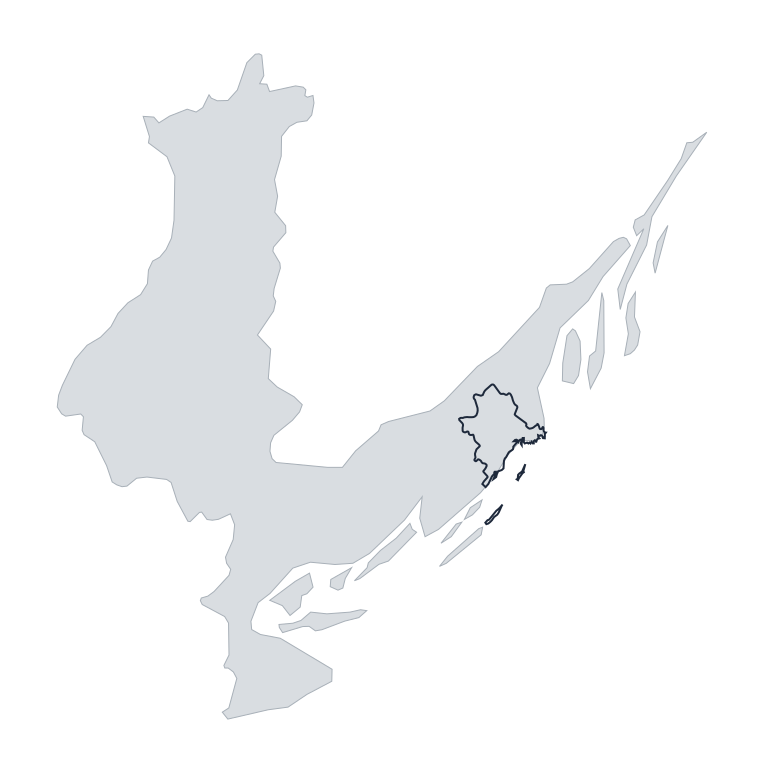 location of Šibensko-Kninska within Croatia, rotated 269°
{"feature_id": "HRV-1491", "entity_name": "Šibensko-Kninska", "entity_type": "County", "adm_level": 1, "iso_a3": "HRV", "parent_name": "Croatia", "parent_adm1": "", "projection": "orthographic", "projection_center": [15.941, 43.766], "detail": "fine", "context": "in_parent", "style": "outline", "palette": "slate", "viewbox_px": 768, "rotation_deg": 269, "n_neighbors": 0, "source": "natural_earth", "source_scale": "10m", "svg_char_len": 7311}
<svg xmlns="http://www.w3.org/2000/svg" viewBox="0 0 768 768"><g transform="rotate(269 384 384)"><path d="M58.7,216.6L62.8,223.2L92.2,231.7L98.7,228.4L102.7,223.3L102.8,219.9L105.4,219.0L115.7,224.3L147.7,224.4L154.3,220.6L166.7,198.4L170.6,196.6L173.2,197.6L175.0,204.2L179.5,210.5L195.4,225.7L201.4,227.5L207.5,223.5L213.6,222.5L231.1,230.5L245.9,232.2L256.9,228.2L251.6,216.1L250.8,210.0L251.6,204.7L259.1,199.5L258.8,197.2L249.8,187.8L250.2,185.5L270.2,175.2L289.3,169.4L292.4,164.9L295.1,145.4L294.1,135.0L286.4,125.2L285.9,120.3L287.8,115.1L290.8,110.5L307.3,105.2L331.3,93.8L338.6,83.2L343.0,81.4L356.5,82.9L359.3,80.3L357.4,65.1L359.8,61.2L366.7,56.9L378.5,58.5L388.3,62.4L414.1,75.5L427.9,87.8L435.7,101.4L446.1,112.0L459.2,119.3L469.7,129.4L477.6,142.2L488.4,149.2L502.1,150.5L510.9,154.8L514.7,162.0L522.3,168.5L533.7,174.1L551.4,176.9L595.6,178.5L615.0,171.0L629.2,152.7L635.5,153.8L655.8,147.9L654.9,158.5L649.0,163.5L655.6,174.3L662.2,192.0L659.2,200.9L663.5,207.6L676.2,214.1L672.8,216.3L670.1,222.2L670.2,232.9L680.5,242.5L707.7,252.5L716.0,261.1L716.3,264.9L714.9,267.5L694.4,269.2L686.4,264.9L685.8,272.1L678.4,274.7L683.6,300.8L682.2,308.4L679.5,311.0L673.7,309.9L672.1,312.4L673.7,318.0L666.2,318.9L654.2,316.4L648.5,311.5L647.2,301.5L643.1,293.8L633.4,285.9L613.6,285.2L590.3,278.1L573.6,280.9L557.6,277.8L544.0,288.4L537.0,288.5L522.8,275.9L518.7,275.2L506.7,282.0L501.7,282.4L481.4,275.8L474.0,274.8L468.5,277.2L458.9,274.9L435.2,258.3L420.9,271.3L391.4,268.4L382.8,277.2L372.8,293.9L364.7,301.9L357.6,299.1L349.3,291.8L334.6,273.0L327.2,269.6L318.7,268.8L311.3,270.8L307.4,274.7L301.6,326.5L301.4,341.0L317.7,354.5L337.1,377.7L343.3,380.4L346.4,387.9L356.2,429.5L366.1,444.0L399.9,477.7L414.3,499.2L457.9,540.8L477.1,548.0L480.2,551.9L480.6,568.2L482.8,574.4L495.8,591.3L522.4,615.9L525.5,621.6L526.5,625.9L524.9,629.1L518.1,632.7L487.6,604.9L463.9,589.8L437.0,561.0L401.6,549.9L377.5,537.3L346.9,543.4L336.9,543.5L329.9,541.2L324.9,533.3L324.8,519.2L310.7,506.5L291.6,494.3L273.6,478.6L237.7,436.0L230.6,422.4L249.2,417.4L270.6,420.2L247.6,402.1L214.9,366.6L205.3,349.8L204.4,331.8L207.1,307.3L201.5,289.6L176.6,266.4L167.6,254.3L149.1,246.8L140.8,247.4L135.7,256.1L131.6,275.8L99.7,327.1L87.7,326.6L75.0,301.5L62.6,282.4L60.3,262.5L51.7,222.0L58.7,216.6ZM619.9,691.0L620.3,696.9L630.1,711.1L587.0,680.0L546.6,654.8L518.4,649.0L479.6,628.6L454.4,621.5L474.9,619.4L534.7,646.5L527.9,639.2L536.4,636.0L543.7,638.0L548.5,647.1L582.4,671.1L604.1,685.1L619.9,691.0ZM158.7,356.6L157.7,362.8L150.9,354.8L147.6,340.6L139.4,317.6L138.4,311.1L143.0,304.9L142.9,298.5L137.2,278.3L142.4,275.1L145.4,274.8L146.4,288.7L149.0,296.8L157.2,306.7L155.2,322.9L156.5,346.0L158.7,356.6ZM196.2,306.2L182.1,309.5L175.6,303.2L173.9,298.1L162.4,296.3L154.2,286.0L164.2,278.5L169.7,266.0L188.3,291.9L196.2,306.2ZM423.5,580.8L405.0,581.3L389.0,578.6L381.1,573.6L384.0,562.4L401.8,563.1L429.1,567.8L435.8,573.6L433.8,576.3L423.5,580.8ZM471.6,603.4L463.5,605.2L411.3,604.6L396.1,601.4L375.7,590.3L392.6,587.7L408.4,590.0L413.3,596.2L471.6,603.4ZM238.2,409.7L235.2,414.0L206.9,385.3L203.8,375.8L189.8,356.3L187.8,351.0L200.6,363.9L205.4,365.2L217.7,377.6L229.7,393.6L244.2,407.5L238.2,409.7ZM408.1,624.9L429.9,629.2L445.8,627.0L460.2,629.5L471.5,637.0L446.6,635.6L431.8,640.9L418.6,638.3L413.6,635.0L410.0,630.8L408.1,624.9ZM237.7,476.2L239.1,480.1L231.5,478.5L203.6,443.1L200.7,436.3L210.7,444.6L237.7,476.2ZM189.5,327.4L200.9,348.4L190.3,341.9L180.7,339.3L178.7,334.4L182.3,326.7L189.5,327.4ZM521.3,659.9L537.6,670.6L490.1,657.0L500.4,655.2L521.3,659.9ZM258.8,468.1L266.4,480.0L259.1,477.5L251.6,470.1L247.2,462.0L258.8,468.1ZM242.7,453.7L244.5,459.4L230.2,448.6L223.8,438.2L242.7,453.7Z" fill="#d9dde1" stroke="#a8b0b8" stroke-width="1"/><path d="M333.1,543.8L332.5,543.8L332.5,544.9L331.1,543.9L328.5,543.9L327.7,542.7L327.6,542.9L327.6,543.4L327.4,543.8L326.9,543.8L327.1,542.0L327.7,541.7L328.6,541.7L329.7,541.0L330.1,540.0L329.7,539.3L329.5,538.4L330.1,537.2L328.2,537.4L327.5,537.7L326.9,538.3L326.5,536.7L325.5,535.9L322.9,535.0L324.8,534.8L325.1,533.7L324.1,532.7L322.0,532.7L322.0,531.7L322.6,531.4L323.1,530.9L323.7,530.5L322.5,529.6L322.0,529.4L322.9,528.4L322.0,527.3L322.9,526.1L322.1,523.7L323.4,522.8L327.6,522.9L327.6,521.7L322.4,520.6L320.5,520.6L321.9,519.7L323.0,519.8L324.0,520.3L324.9,520.6L326.1,520.2L325.9,519.1L324.9,518.0L323.7,517.3L325.3,516.7L326.0,515.5L325.8,514.1L324.5,512.8L324.6,515.9L323.6,516.1L320.7,513.6L319.1,512.2L318.3,512.2L317.2,512.0L316.5,511.8L315.8,511.0L314.2,508.4L313.4,507.5L308.7,504.8L307.4,503.5L305.0,502.6L297.5,502.0L295.9,500.2L294.7,496.6L291.9,495.3L289.0,494.5L287.2,492.0L290.7,493.6L292.5,494.1L294.3,494.3L294.3,493.1L293.6,492.7L293.2,492.8L292.9,492.9L292.8,493.1L289.7,490.3L282.2,486.6L279.1,483.8L282.3,480.6L284.9,482.2L288.6,485.6L289.0,485.9L289.7,485.9L290.3,485.5L294.3,482.0L294.7,481.8L295.1,481.8L297.7,483.9L300.0,485.1L300.7,485.2L301.4,485.1L302.2,484.3L302.7,483.5L302.9,482.6L303.0,481.7L303.1,481.3L303.5,480.8L304.0,480.3L305.1,479.8L305.8,479.2L306.4,478.4L306.8,477.7L307.0,477.1L307.0,476.7L306.8,476.5L305.4,475.0L305.2,474.5L305.3,474.1L305.9,473.3L306.3,473.1L306.8,473.1L308.4,474.0L309.1,474.2L311.4,473.8L312.9,473.8L317.0,475.3L317.4,475.7L319.7,478.2L320.1,478.5L320.4,478.7L320.7,478.6L321.2,478.4L321.9,477.8L324.3,475.1L325.1,474.4L326.1,473.8L326.9,473.5L331.2,472.6L331.7,472.2L331.7,471.7L331.5,470.4L331.5,469.9L331.6,469.3L331.8,468.8L332.2,468.4L332.5,468.1L332.9,468.0L334.1,467.7L334.5,467.6L334.8,467.4L335.0,467.0L335.0,466.4L334.9,465.9L334.4,465.0L334.3,464.6L334.2,464.2L334.3,463.7L334.4,463.3L334.9,462.4L335.3,462.0L336.1,461.8L338.9,461.8L341.2,462.3L341.7,462.3L342.2,462.2L342.8,462.0L343.6,461.5L346.6,458.7L347.8,458.5L348.7,459.8L348.8,460.5L348.8,461.2L348.7,461.6L348.7,462.0L348.8,462.4L348.8,462.7L348.9,462.9L349.0,463.0L349.2,463.7L349.3,464.1L349.5,466.2L349.5,466.9L349.3,468.5L349.3,471.7L349.4,473.0L350.0,474.4L351.2,475.8L353.7,476.8L355.8,477.2L358.3,477.1L366.6,474.7L367.8,473.7L368.4,473.5L369.1,473.4L369.8,473.5L370.9,473.9L371.4,474.2L372.1,475.8L370.6,480.7L370.9,481.5L371.2,482.5L374.4,484.0L375.3,484.6L376.3,485.5L381.0,491.0L381.6,492.0L381.6,493.0L380.9,494.1L373.0,499.6L372.2,500.4L372.0,501.7L372.1,502.5L372.2,503.0L372.1,503.4L371.0,505.8L371.1,506.7L371.4,507.2L372.0,507.9L372.5,508.6L372.3,509.6L371.2,510.6L368.5,511.8L365.3,512.6L362.8,513.6L361.9,514.1L361.0,514.8L360.1,516.1L359.3,516.8L358.1,516.9L351.8,514.3L351.2,514.2L350.2,515.0L342.2,525.4L341.5,525.6L341.0,525.7L340.3,525.4L339.7,525.4L339.0,525.8L337.7,527.2L337.2,527.9L336.8,528.8L337.1,530.6L337.5,531.9L338.1,532.9L339.7,534.9L340.3,536.2L340.7,536.5L341.3,536.7L341.2,537.1L340.7,537.5L338.7,538.3L337.6,538.6L336.7,538.9L336.2,539.4L336.2,540.5L336.6,541.0L337.2,541.4L337.7,541.6L338.1,541.9L338.1,542.3L337.5,542.6L335.0,542.7L333.8,543.0L333.1,543.8L333.1,543.8ZM246.0,485.1L246.5,486.7L255.3,494.1L256.7,495.9L258.2,497.6L261.4,500.4L260.4,499.7L253.6,496.5L251.4,495.0L249.1,491.8L245.9,489.5L244.4,488.0L242.7,485.9L242.1,483.9L243.6,482.9L246.0,485.1ZM294.2,520.6L301.4,523.9L294.5,521.8L293.4,522.3L292.4,520.9L287.4,517.2L285.5,516.3L286.4,515.1L286.9,515.9L287.4,516.1L290.9,516.5L292.2,517.8L293.2,519.3L294.2,520.6Z" fill="none" stroke="#1e293b" stroke-width="2"/></g></svg>